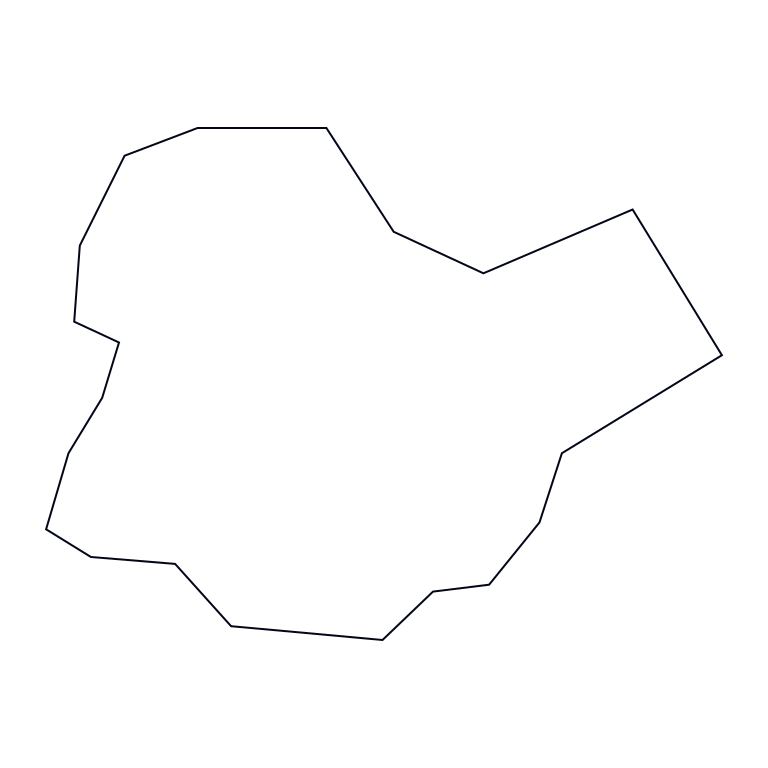 the border of Żabbar
{"feature_id": "MLT-5956", "entity_name": "Żabbar", "entity_type": "state/province", "adm_level": 1, "iso_a3": "MLT", "parent_name": "Malta", "parent_adm1": "", "projection": "albers", "projection_center": [14.539, 35.872], "detail": "fine", "context": "isolated", "style": "outline", "palette": "ink", "viewbox_px": 768, "rotation_deg": 0, "n_neighbors": 0, "source": "natural_earth", "source_scale": "10m", "svg_char_len": 386}
<svg xmlns="http://www.w3.org/2000/svg" viewBox="0 0 768 768"><path d="M632.6,209.5L721.9,355.2L561.9,453.2L539.5,522.4L489.1,584.7L433.0,591.6L382.5,640.0L231.1,626.2L175.1,563.9L90.9,557.0L46.1,529.3L68.5,453.2L102.2,397.8L119.0,342.5L74.2,321.7L79.8,245.6L124.6,155.7L197.5,128.0L326.4,128.0L393.7,231.8L483.4,273.3L632.6,209.5Z" fill="none" stroke="#020617" stroke-width="2"/></svg>